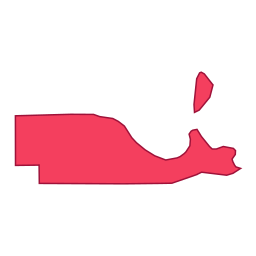 outline of Ottawa, Ohio, United States of America
{"feature_id": "52423323B40981635802423", "entity_name": "Ottawa", "entity_type": "district", "adm_level": 2, "iso_a3": "USA", "parent_name": "United States of America", "parent_adm1": "Ohio", "projection": "orthographic", "projection_center": [-82.902, 41.591], "detail": "fine", "context": "isolated", "style": "filled", "palette": "rose", "viewbox_px": 256, "rotation_deg": 0, "n_neighbors": 0, "source": "geoboundaries", "source_scale": "gbopen_adm2", "svg_char_len": 897}
<svg xmlns="http://www.w3.org/2000/svg" viewBox="0 0 256 256"><path d="M160.1,183.4L171.9,183.2L197.0,174.5L197.0,174.4L201.6,172.2L226.7,175.2L233.0,173.3L240.6,168.4L235.9,166.9L234.6,165.2L232.8,161.6L232.3,159.8L232.1,159.0L235.3,154.5L235.5,150.6L233.4,148.4L223.3,146.5L216.4,149.0L212.6,149.0L212.2,149.0L209.5,146.5L201.4,136.5L197.0,129.4L192.8,130.2L191.1,131.2L189.1,134.1L190.4,139.2L189.9,145.8L186.0,151.8L184.2,153.6L180.1,156.6L177.1,157.9L165.7,160.0L154.7,155.8L145.2,149.9L136.4,142.7L131.7,137.6L124.4,126.1L118.3,121.4L112.8,118.5L99.7,116.6L93.5,114.4L88.3,114.4L70.8,114.3L15.4,115.8L15.5,165.4L39.1,165.1L39.3,183.4L124.0,183.8L133.0,183.7L133.4,183.7L160.1,183.4ZM194.0,104.5L194.5,112.4L199.2,110.1L203.5,104.9L209.8,97.2L213.0,84.9L212.8,84.7L211.9,83.6L204.3,73.9L201.2,72.2L199.6,72.9L196.7,78.7L194.0,104.5Z" fill="#f43f5e" stroke="#9f1239" stroke-width="1.5"/></svg>